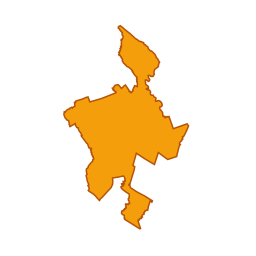 outline of Kota Tebing Tinggi, Sumatera Utara, Indonesia, rotated 161°
{"feature_id": "22746128B29639616204280", "entity_name": "Kota Tebing Tinggi", "entity_type": "district", "adm_level": 2, "iso_a3": "IDN", "parent_name": "Indonesia", "parent_adm1": "Sumatera Utara", "projection": "equal_earth", "projection_center": [99.154, 3.328], "detail": "fine", "context": "isolated", "style": "filled", "palette": "amber", "viewbox_px": 256, "rotation_deg": 161, "n_neighbors": 0, "source": "geoboundaries", "source_scale": "gbopen_adm2", "svg_char_len": 5839}
<svg xmlns="http://www.w3.org/2000/svg" viewBox="0 0 256 256"><g transform="rotate(161 128 128)"><path d="M160.9,42.7L149.6,28.8L148.9,28.9L148.8,35.8L148.7,36.9L148.5,37.5L148.0,37.7L147.5,37.3L146.9,37.7L146.8,38.3L145.9,38.7L145.4,38.2L145.2,38.5L144.6,38.3L143.9,38.9L144.0,39.6L143.4,39.4L143.5,40.1L143.2,40.6L142.8,41.1L142.4,41.1L142.1,41.4L141.2,41.1L140.6,41.8L140.7,42.4L140.6,42.9L139.6,43.1L139.1,44.0L138.3,43.8L137.7,44.2L136.9,44.3L136.2,43.8L134.0,47.5L130.9,51.7L129.6,50.1L128.6,51.2L134.5,58.4L139.3,63.5L142.4,67.2L143.7,69.1L144.0,69.2L145.1,70.9L144.9,72.7L145.8,73.7L145.5,74.4L145.1,74.5L144.6,74.0L143.7,75.5L135.9,86.3L134.2,89.2L135.5,91.0L128.3,101.4L122.0,93.2L114.9,84.9L107.3,94.9L100.7,85.3L91.2,85.2L90.7,86.3L86.2,93.1L86.2,93.4L85.1,94.5L83.9,95.3L84.5,96.1L84.5,96.4L82.9,98.1L81.9,98.2L80.7,99.3L80.7,99.7L80.0,99.6L79.9,100.3L79.6,100.5L79.3,102.0L78.5,101.8L78.2,102.2L77.7,102.2L73.9,105.9L70.1,110.2L70.8,112.7L85.4,112.6L85.5,125.5L86.6,125.4L86.7,125.8L87.9,126.1L89.3,125.6L89.2,126.1L89.2,126.7L89.5,127.0L90.2,126.8L90.4,127.0L90.1,127.2L90.2,127.5L91.2,128.3L90.8,129.1L90.7,129.8L90.4,130.3L90.5,130.7L90.3,131.4L90.9,133.7L91.8,135.5L91.1,137.5L89.2,137.4L88.4,138.2L88.0,139.3L88.1,141.3L88.9,142.9L90.0,143.9L91.4,144.2L92.5,143.9L93.0,144.2L93.2,144.6L93.0,145.1L91.8,147.1L92.1,147.9L92.9,148.4L93.4,149.3L93.4,150.7L94.0,151.1L95.2,151.4L95.8,152.4L95.7,153.3L95.1,154.1L94.9,155.0L95.0,155.9L95.5,157.0L96.8,157.6L97.9,158.5L97.9,159.1L97.6,159.3L96.8,159.2L96.7,158.8L96.2,158.6L95.8,158.8L95.3,160.2L95.4,161.0L97.0,163.5L97.0,164.1L96.6,165.2L96.3,166.9L95.9,167.7L95.2,167.7L94.0,166.3L93.7,165.4L92.6,165.5L92.2,165.9L91.8,166.4L91.7,167.1L92.2,169.0L92.1,169.7L92.0,170.8L91.5,171.2L89.9,170.1L89.7,169.5L89.0,169.3L88.9,169.0L88.4,169.0L87.9,168.6L87.5,168.7L86.1,169.8L85.7,170.3L85.3,172.4L83.9,174.5L83.1,174.9L79.9,175.9L79.2,176.3L78.5,178.1L78.0,178.5L77.6,179.3L76.7,179.9L77.2,181.7L77.4,183.7L78.4,185.5L78.2,186.4L78.6,189.1L80.7,193.2L81.4,193.3L82.3,194.7L82.3,195.0L82.9,196.2L82.8,198.1L83.3,199.0L84.3,200.0L84.3,200.8L84.6,201.2L85.4,201.5L85.6,202.0L85.4,203.5L85.8,204.0L86.4,204.0L87.1,205.2L87.8,205.3L88.4,206.2L89.2,206.4L90.8,209.1L91.1,209.1L91.7,209.9L95.3,216.5L98.6,221.7L99.1,222.2L100.2,224.7L100.6,225.1L102.0,227.2L104.0,227.0L104.7,225.5L103.8,224.3L103.7,223.9L103.9,223.5L103.3,222.4L103.2,221.5L102.8,221.1L102.7,220.5L102.3,220.3L102.4,219.7L103.0,218.9L103.2,218.4L103.2,217.9L102.8,216.7L103.0,215.5L103.2,215.1L104.4,214.2L104.4,213.7L104.8,213.4L105.2,213.5L105.6,213.9L106.1,213.2L105.8,212.4L107.1,209.3L107.0,209.0L107.4,207.8L108.4,207.7L108.4,206.8L108.0,206.6L108.3,206.2L108.7,206.3L108.7,205.8L109.6,205.7L109.5,205.1L109.6,204.9L109.6,204.3L109.9,203.8L110.5,203.9L111.0,202.8L111.7,202.8L111.8,202.5L111.6,202.3L111.8,201.8L112.1,202.0L112.1,201.5L112.1,200.5L112.9,200.3L112.8,199.6L111.9,199.5L111.8,198.3L111.3,197.7L111.1,197.0L111.2,196.6L111.5,196.6L111.4,195.9L110.9,195.2L110.8,194.4L111.6,193.5L111.2,192.3L111.2,191.0L110.4,190.0L110.2,188.9L109.8,188.6L109.1,186.8L107.3,184.8L105.5,181.7L105.2,180.6L105.6,180.5L105.6,180.0L105.1,179.2L105.3,178.8L104.8,178.2L104.9,177.2L103.9,174.9L103.8,174.4L103.4,173.8L103.4,173.2L103.1,173.2L103.1,172.5L103.7,171.6L103.6,171.3L103.7,170.9L104.2,170.8L104.1,169.3L104.2,168.9L104.4,169.6L104.6,169.3L104.4,167.8L104.7,167.5L104.6,167.1L105.6,164.3L106.1,164.9L106.5,165.0L106.5,164.7L108.0,165.9L108.7,164.7L109.1,164.7L110.8,162.8L111.3,162.1L111.1,161.8L111.6,161.3L113.6,160.3L113.8,161.8L114.8,161.8L115.1,162.3L114.8,162.8L114.8,163.4L116.4,169.5L118.7,168.9L119.5,168.2L120.4,168.0L121.3,167.5L122.8,171.6L123.3,172.2L126.3,172.6L127.3,171.8L127.7,171.7L128.3,170.9L129.2,170.6L129.8,170.8L129.9,170.3L129.5,169.4L129.6,169.1L128.9,169.0L128.8,168.4L129.3,168.1L128.2,166.5L127.7,166.5L127.8,165.4L128.1,165.2L143.6,164.5L155.6,165.1L155.7,170.3L156.0,170.2L156.8,170.6L162.2,170.2L168.4,170.5L169.1,170.0L169.2,169.3L170.3,169.6L170.4,169.0L170.3,168.5L170.5,168.3L171.3,165.7L173.0,165.7L174.1,165.0L174.6,165.9L176.3,165.7L177.2,165.4L177.1,165.2L179.4,165.1L180.9,164.4L182.1,163.4L182.9,164.1L184.2,161.8L184.3,160.3L184.1,157.9L183.5,156.6L183.4,155.8L181.9,154.3L181.9,151.6L182.5,150.9L182.1,148.7L182.5,148.6L182.4,148.2L176.5,149.3L176.8,147.7L176.2,145.1L174.9,144.2L175.3,143.5L175.2,141.8L175.0,140.3L174.5,139.5L173.9,135.9L174.8,135.8L171.9,126.8L171.4,126.3L171.4,122.0L170.6,121.7L170.6,120.9L169.4,120.7L169.3,120.0L169.8,119.9L170.6,119.2L170.2,117.9L170.8,117.3L170.8,116.8L170.3,116.3L171.0,115.2L170.6,114.6L170.8,113.7L170.8,113.4L170.2,112.8L170.2,112.4L170.6,112.2L170.4,111.7L170.6,111.2L170.4,109.9L171.3,109.7L171.8,109.2L172.4,107.9L173.4,107.6L175.8,106.3L178.2,104.6L178.4,103.8L179.5,103.1L180.0,103.2L180.8,102.6L181.6,100.2L181.8,97.4L182.6,97.2L183.1,96.7L183.5,92.6L183.8,91.4L183.5,87.4L183.9,86.6L184.6,86.7L184.3,83.8L184.7,82.9L185.9,81.9L185.5,81.0L182.3,76.9L181.2,75.1L179.0,69.5L178.5,68.7L177.7,69.6L176.9,70.1L175.3,70.7L163.0,77.4L162.3,78.4L161.2,79.3L159.7,82.5L158.9,85.8L154.2,84.9L147.9,84.1L147.4,82.4L147.3,81.0L147.5,81.0L147.7,80.1L148.0,79.7L147.8,78.7L148.1,78.5L150.0,79.1L150.2,78.6L149.5,76.8L150.7,75.5L150.7,77.3L152.3,77.3L152.3,74.7L153.0,74.5L153.9,74.6L153.8,73.0L153.0,71.4L150.6,67.9L148.4,65.2L148.7,63.8L149.5,62.4L149.6,61.6L150.6,61.2L151.0,60.3L151.1,59.6L150.8,59.0L151.0,58.2L151.0,56.7L151.1,56.8L152.8,55.6L153.6,56.6L153.8,56.6L154.1,56.1L154.7,56.0L155.1,56.8L155.3,56.6L155.1,55.3L155.5,54.7L155.6,53.7L156.0,53.7L155.9,53.0L156.5,52.7L157.4,52.8L157.6,52.1L158.5,52.2L158.7,51.6L159.8,51.3L160.2,51.7L160.9,51.4L161.6,50.3L161.7,49.7L161.9,49.4L161.4,48.0L160.2,46.9L160.0,46.4L160.9,44.0L160.5,43.7L160.5,43.0L160.9,42.7Z" fill="#f59e0b" stroke="#b45309" stroke-width="1.5"/></g></svg>